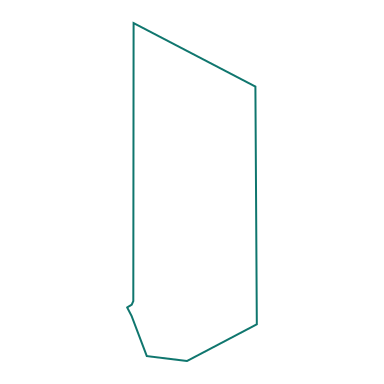 Am-Djarass, Ennedi, Chad
{"feature_id": "50815135B96833037498211", "entity_name": "Am-Djarass", "entity_type": "district", "adm_level": 2, "iso_a3": "TCD", "parent_name": "Chad", "parent_adm1": "Ennedi", "projection": "orthographic", "projection_center": [22.869, 18.153], "detail": "fine", "context": "isolated", "style": "outline", "palette": "teal", "viewbox_px": 384, "rotation_deg": 0, "n_neighbors": 0, "source": "geoboundaries", "source_scale": "gbopen_adm2", "svg_char_len": 269}
<svg xmlns="http://www.w3.org/2000/svg" viewBox="0 0 384 384"><path d="M256.8,324.3L256.8,321.1L255.4,86.6L133.6,23.1L133.3,301.1L131.7,304.7L127.2,307.4L127.4,307.9L131.6,316.0L146.8,356.1L187.0,361.0L256.8,324.3Z" fill="none" stroke="#0f766e" stroke-width="2"/></svg>